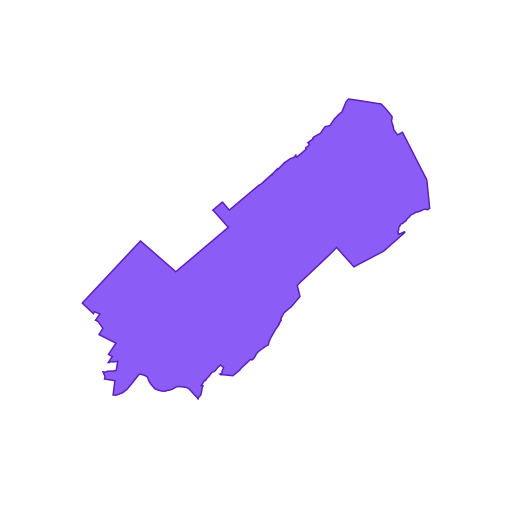 the district of Calopar, Dolj, Romania, rotated 126°
{"feature_id": "2599482B22631424246378", "entity_name": "Calopar", "entity_type": "district", "adm_level": 2, "iso_a3": "ROU", "parent_name": "Romania", "parent_adm1": "Dolj", "projection": "natural_earth1", "projection_center": [23.749, 44.163], "detail": "fine", "context": "isolated", "style": "filled", "palette": "violet", "viewbox_px": 512, "rotation_deg": 126, "n_neighbors": 0, "source": "geoboundaries", "source_scale": "gbopen_adm2", "svg_char_len": 4805}
<svg xmlns="http://www.w3.org/2000/svg" viewBox="0 0 512 512"><g transform="rotate(126 256 256)"><path d="M402.0,344.6L404.5,337.4L411.9,336.8L408.8,318.1L422.3,317.5L421.8,313.2L429.0,312.9L428.3,311.9L427.4,312.0L425.2,308.8L422.6,305.9L430.7,301.9L433.3,304.2L434.2,305.5L435.3,306.8L436.5,308.4L438.0,309.3L438.7,310.0L439.6,311.7L442.2,307.3L444.6,306.3L439.8,296.9L452.5,289.9L452.2,289.4L450.6,287.2L445.2,283.6L442.6,282.8L440.0,282.0L432.9,281.5L426.1,281.3L423.3,281.1L420.5,281.0L419.9,280.5L419.8,280.2L419.2,279.2L418.7,278.0L417.9,275.1L417.7,273.0L418.4,271.6L420.0,269.4L421.4,266.0L422.2,262.6L422.9,259.9L422.0,256.2L420.6,252.7L418.8,250.1L417.2,248.9L415.1,246.9L412.5,245.2L410.8,244.5L408.2,243.2L407.9,243.0L406.5,240.8L405.3,239.1L403.5,235.4L403.1,234.7L402.9,231.7L403.6,228.4L404.0,226.4L404.5,224.2L404.8,222.2L405.2,220.1L405.7,218.8L405.4,218.8L404.8,219.4L402.9,219.2L401.9,219.0L400.8,219.1L400.1,219.3L399.5,219.6L398.4,220.0L397.2,220.6L394.9,221.7L394.2,222.0L393.2,222.4L392.6,222.5L392.1,222.7L392.3,223.3L392.8,224.0L393.7,224.4L391.7,224.2L390.4,224.3L389.4,224.3L389.0,224.4L388.1,224.4L387.8,224.4L387.3,224.4L386.7,224.2L386.4,223.9L386.4,223.7L385.9,223.7L384.3,223.8L382.4,223.7L382.0,223.5L381.7,223.4L381.0,223.4L380.4,223.4L379.4,223.3L377.5,223.4L376.6,223.2L375.9,223.2L375.2,222.9L374.7,222.4L374.1,222.0L373.0,221.7L371.6,221.6L371.1,221.4L370.4,221.5L369.5,221.5L367.7,221.3L367.3,221.3L366.7,221.0L365.9,220.8L365.0,220.6L365.4,216.5L367.2,216.1L368.4,216.0L369.0,215.7L369.6,215.5L369.9,215.0L370.4,214.7L371.1,214.6L371.3,214.8L371.4,215.1L372.0,215.4L372.6,215.4L372.8,215.6L372.8,214.8L371.4,212.9L368.5,207.8L366.4,204.3L357.5,202.0L356.6,202.2L355.9,202.2L352.5,201.5L348.0,200.6L343.0,199.7L342.8,199.1L342.6,198.5L341.9,197.9L341.0,197.7L339.1,197.6L337.0,197.8L334.8,198.2L332.1,197.9L328.9,197.1L325.6,195.9L322.8,194.9L320.6,193.8L317.4,195.2L313.9,195.9L309.1,196.5L304.3,197.0L299.7,197.0L297.9,197.2L297.3,197.2L297.4,197.9L296.7,197.9L295.9,197.8L294.9,197.8L294.3,197.8L293.6,197.8L293.2,197.8L292.9,198.1L292.8,198.5L292.7,198.9L291.5,199.1L290.3,199.3L286.6,199.9L285.9,199.9L285.5,199.9L284.4,199.7L282.4,199.2L280.8,198.8L279.5,198.5L278.0,198.1L276.8,197.7L275.6,197.6L273.9,197.4L272.3,197.3L270.5,197.2L268.6,197.1L265.8,196.8L264.1,196.7L262.9,196.6L262.1,197.6L260.7,199.2L258.7,201.6L257.8,202.7L256.7,204.0L256.2,204.6L255.8,205.1L255.6,205.3L252.2,204.9L249.8,204.5L243.8,203.3L236.5,201.9L226.7,200.1L216.7,198.2L209.8,197.0L201.9,195.8L201.7,195.8L202.0,194.7L202.3,193.1L202.6,191.5L203.2,188.8L203.8,186.7L204.5,182.7L205.3,179.3L206.8,172.5L207.2,170.3L201.9,167.9L199.8,166.8L198.5,166.2L193.8,163.8L184.7,159.4L182.4,158.2L180.0,157.0L178.6,156.3L176.7,155.5L175.6,155.2L172.8,154.6L170.8,154.2L169.7,153.9L167.9,153.5L166.5,153.3L165.5,153.0L161.2,152.0L157.4,151.2L153.8,150.4L151.6,149.9L150.5,149.6L149.5,149.5L149.2,149.7L149.1,150.0L149.3,150.2L149.8,150.6L152.8,152.2L153.7,152.7L154.1,152.9L153.9,153.1L154.0,153.2L154.1,153.4L154.1,153.5L154.4,154.0L153.8,154.5L153.1,155.3L153.1,155.7L152.1,155.6L151.3,155.8L150.6,156.1L150.2,156.4L149.9,156.8L149.7,156.9L149.3,157.1L148.7,157.3L148.1,157.3L147.8,157.3L147.6,157.1L147.3,157.2L146.9,157.5L146.2,157.5L145.8,157.5L145.3,157.5L144.7,157.4L144.4,157.2L144.0,156.8L143.5,156.6L143.0,156.3L142.6,156.3L141.4,156.1L140.5,155.7L139.8,155.4L139.4,155.4L138.5,155.5L137.1,155.5L136.2,155.4L135.7,155.3L135.1,155.2L134.9,155.0L134.2,155.0L133.2,154.9L131.6,154.7L131.1,154.6L130.6,154.4L130.3,154.2L129.6,153.6L129.1,153.4L128.4,153.2L127.9,153.1L127.4,152.9L127.2,152.7L126.9,152.3L126.4,152.1L126.2,152.0L126.0,151.7L125.6,151.3L124.9,150.8L124.7,150.6L123.2,149.6L122.4,149.1L121.7,148.6L120.5,148.2L119.4,147.4L118.6,146.7L118.4,145.7L118.3,145.3L117.9,144.7L117.4,144.3L117.0,144.1L116.7,144.0L115.5,143.4L115.8,143.1L94.6,162.0L93.6,163.2L93.5,163.6L86.1,178.2L80.0,190.2L69.8,210.2L74.8,212.7L72.9,218.8L70.7,220.9L67.3,225.6L63.7,227.4L63.2,228.0L61.5,234.1L60.1,240.4L59.5,244.3L62.1,249.2L70.4,265.5L74.6,273.4L78.5,273.7L89.1,271.2L92.1,272.1L98.6,273.1L106.6,272.9L107.6,273.3L110.9,276.2L119.1,276.0L121.5,277.3L126.1,279.3L127.3,279.3L127.8,278.7L133.8,280.7L134.3,278.5L136.0,278.4L139.4,279.4L140.0,278.3L140.9,278.4L145.3,279.4L147.0,279.9L151.8,281.0L152.0,281.4L151.6,282.3L151.0,283.1L151.9,283.3L152.9,282.9L154.7,283.8L155.6,284.4L157.2,285.5L164.2,288.0L165.7,288.1L171.7,289.0L173.4,289.5L173.0,289.9L173.6,290.0L179.9,290.9L180.5,290.8L180.3,291.1L194.9,294.2L197.1,295.3L234.6,304.6L232.1,314.7L232.2,314.9L244.3,317.9L244.6,315.7L246.6,306.5L249.1,295.2L249.4,295.3L315.9,311.6L311.7,358.3L396.2,368.9L398.2,353.6L396.0,354.0L394.7,348.2L402.3,348.1L401.8,345.0L402.0,344.6Z" fill="#8b5cf6" stroke="#5b21b6" stroke-width="1.5"/></g></svg>